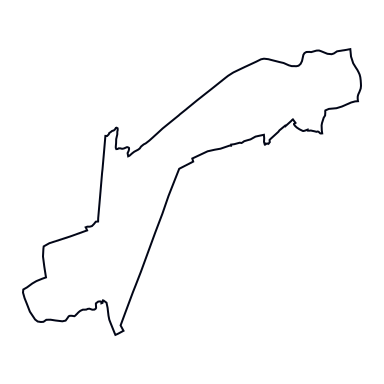 Quan 8, Hồ Chí Minh city, Vietnam (Equal Earth projection)
{"feature_id": "81297802B52284124086366", "entity_name": "Quan 8", "entity_type": "district", "adm_level": 2, "iso_a3": "VNM", "parent_name": "Vietnam", "parent_adm1": "Hồ Chí Minh city", "projection": "equal_earth", "projection_center": [106.647, 10.722], "detail": "fine", "context": "isolated", "style": "outline", "palette": "ink", "viewbox_px": 384, "rotation_deg": 0, "n_neighbors": 0, "source": "geoboundaries", "source_scale": "gbopen_adm2", "svg_char_len": 3495}
<svg xmlns="http://www.w3.org/2000/svg" viewBox="0 0 384 384"><path d="M358.0,101.2L357.9,100.7L357.7,98.7L357.7,96.8L358.0,95.3L358.5,93.9L359.4,92.0L360.7,88.5L361.0,85.9L360.9,83.4L360.7,80.4L360.3,77.2L359.6,74.5L358.6,72.3L357.3,69.8L355.9,67.7L353.2,63.3L352.1,59.9L351.0,56.5L350.9,55.2L350.3,49.1L344.4,50.2L342.9,50.4L340.5,50.8L339.7,50.9L337.3,51.3L337.1,51.3L333.8,53.5L331.6,54.2L327.5,53.8L326.7,53.5L321.3,51.3L319.0,50.5L316.5,50.6L311.2,52.1L309.2,51.9L306.4,52.0L305.5,52.5L304.5,53.1L303.4,54.8L302.0,61.1L300.6,63.9L298.6,65.7L296.5,66.2L291.6,66.1L288.8,65.3L283.6,63.0L281.0,62.4L279.7,62.1L271.0,59.9L268.4,59.2L264.0,58.7L261.0,59.3L256.2,61.7L246.3,66.3L245.4,66.7L241.2,68.7L233.7,72.3L232.8,72.8L228.1,75.8L225.4,77.9L211.5,89.0L205.9,93.4L196.9,100.5L187.0,108.6L186.7,108.9L179.7,114.5L179.0,115.2L162.6,128.5L157.3,133.4L154.3,136.1L153.0,137.3L152.1,138.1L149.3,140.6L145.7,143.4L143.7,144.4L141.1,146.5L139.7,148.5L138.1,149.7L134.3,151.7L132.2,153.3L129.5,155.7L128.2,156.3L127.6,153.1L128.7,150.7L129.1,148.9L128.9,147.8L127.6,147.2L126.8,147.2L123.8,148.5L122.1,148.8L120.2,148.3L118.7,148.3L117.6,149.0L116.3,149.1L115.8,147.9L115.8,146.4L116.1,143.1L116.2,139.1L117.3,134.3L117.3,131.8L117.7,130.0L117.6,128.3L116.6,127.7L115.9,127.9L114.8,129.6L113.7,130.5L112.2,130.9L110.1,132.5L109.2,133.1L108.8,134.3L107.1,136.0L105.4,135.9L103.8,154.5L102.5,169.3L102.1,172.8L100.5,191.7L99.5,203.3L98.2,218.2L98.1,221.5L95.8,221.7L93.9,224.1L91.9,226.1L89.7,226.7L87.2,226.7L85.7,227.3L85.9,227.6L87.1,230.4L70.1,236.5L49.4,243.2L43.7,246.4L43.6,247.2L43.4,248.8L43.0,256.5L44.3,266.6L45.8,276.2L46.0,277.4L42.3,278.7L36.4,281.1L32.3,283.5L27.0,287.4L23.3,289.5L23.0,292.6L24.6,298.2L27.0,304.2L29.9,311.7L35.1,319.5L37.7,321.5L40.9,322.0L43.5,321.8L46.3,319.8L50.5,319.7L55.6,320.5L62.4,321.3L65.6,320.6L67.2,318.5L68.7,316.3L69.9,315.8L71.8,315.8L74.4,316.2L75.0,315.8L75.7,315.2L76.2,314.6L77.0,313.9L77.6,313.2L78.4,312.4L79.2,311.7L80.1,311.0L81.0,310.5L82.8,309.7L86.2,309.6L87.8,308.9L89.4,308.7L92.3,309.7L94.4,309.6L95.5,308.9L96.1,307.9L95.9,304.6L95.9,303.4L98.2,301.6L100.0,301.4L101.3,301.7L101.4,303.3L102.5,302.9L103.0,300.4L103.5,300.5L106.5,302.7L107.6,307.9L107.9,310.6L108.5,315.7L109.3,319.7L110.6,323.1L114.7,333.3L115.4,334.9L116.8,334.3L118.3,333.6L123.5,330.8L122.2,328.4L120.6,325.4L125.1,313.2L133.0,292.0L135.7,285.2L138.1,279.0L140.9,271.8L155.3,232.4L162.4,213.7L168.5,196.0L179.2,168.8L181.1,167.8L193.2,161.6L192.3,158.5L205.5,152.3L207.6,151.3L214.8,149.7L220.5,148.7L229.6,145.6L231.1,145.7L231.1,144.6L234.2,144.2L239.8,142.7L241.5,143.0L242.4,142.5L244.2,141.2L247.9,140.1L250.5,139.4L255.5,136.6L259.1,135.8L263.9,134.8L264.2,138.2L264.0,141.9L264.7,144.3L265.4,143.8L265.6,144.3L266.5,143.7L267.1,143.5L267.8,143.5L268.2,143.9L268.7,143.6L269.3,142.7L269.8,142.1L269.6,141.1L269.6,139.9L270.7,138.8L278.4,131.8L279.4,130.4L285.1,125.7L285.4,126.2L291.1,121.1L292.0,120.1L292.9,119.4L295.5,122.9L294.0,123.9L294.0,124.2L294.1,124.5L294.8,125.6L295.1,125.9L295.7,126.5L296.9,127.6L299.5,129.3L302.5,130.8L303.0,131.0L303.4,131.0L304.8,130.7L307.7,129.6L307.8,130.6L309.4,130.7L310.8,130.5L311.7,130.7L313.0,131.0L314.1,131.2L316.5,131.8L317.8,131.5L318.6,131.8L320.3,133.4L321.1,133.5L322.2,133.4L321.8,130.5L321.6,125.4L322.0,123.1L323.7,117.7L325.1,115.5L325.2,113.7L325.3,112.7L325.2,111.1L325.4,110.4L328.9,108.9L336.5,108.2L342.0,106.5L351.1,102.5L355.1,101.4L358.0,101.2Z" fill="none" stroke="#020617" stroke-width="2"/></svg>